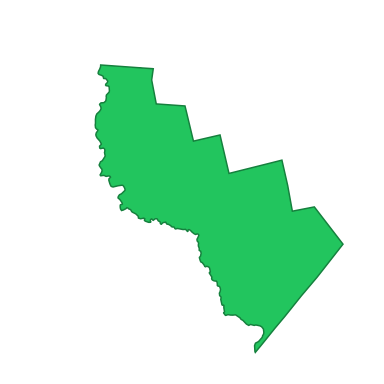 outline of Essex, Vermont, United States of America, rotated 130°
{"feature_id": "52423323B77822845094766", "entity_name": "Essex", "entity_type": "district", "adm_level": 2, "iso_a3": "USA", "parent_name": "United States of America", "parent_adm1": "Vermont", "projection": "albers", "projection_center": [-71.622, 44.681], "detail": "fine", "context": "isolated", "style": "filled", "palette": "green", "viewbox_px": 384, "rotation_deg": 130, "n_neighbors": 0, "source": "geoboundaries", "source_scale": "gbopen_adm2", "svg_char_len": 4013}
<svg xmlns="http://www.w3.org/2000/svg" viewBox="0 0 384 384"><g transform="rotate(130 192 192)"><path d="M262.6,40.5L243.4,40.9L227.6,40.9L201.2,41.5L176.8,41.4L134.9,42.8L124.8,88.7L142.2,102.8L125.5,122.9L109.8,143.6L120.9,151.6L154.0,175.6L130.3,207.2L152.1,223.6L134.1,247.9L130.6,252.7L147.5,276.0L132.1,294.9L122.5,300.9L153.4,343.6L154.9,342.5L157.2,341.7L159.6,341.2L161.0,340.5L161.5,340.1L161.7,339.2L161.7,338.7L160.8,336.3L160.5,334.6L160.7,334.0L161.5,333.3L161.7,332.8L161.7,332.3L160.8,331.4L160.6,331.0L161.1,328.0L161.5,327.6L162.9,327.2L164.6,327.4L165.6,327.0L165.8,326.2L164.6,324.2L164.6,323.5L165.0,322.8L167.7,320.2L168.8,319.7L172.7,319.9L173.8,319.3L174.6,318.4L176.2,317.4L176.9,317.0L177.2,316.8L178.1,316.6L180.0,316.9L180.6,317.3L182.2,319.0L183.6,319.2L184.3,319.1L184.5,318.8L185.3,316.8L186.0,315.8L186.6,315.3L188.0,314.8L189.8,314.7L193.4,315.1L195.7,314.4L198.5,312.6L201.3,310.2L202.9,309.2L204.8,307.2L205.1,305.2L204.8,304.4L205.0,303.9L205.7,303.6L208.4,303.3L210.0,302.4L210.7,301.5L211.6,299.4L212.2,295.3L213.5,292.3L213.8,292.1L216.2,292.3L216.9,291.8L217.7,290.7L217.5,289.9L215.7,288.5L215.3,288.0L215.2,287.1L215.3,286.6L215.9,285.7L216.8,285.0L218.0,284.4L220.2,281.7L220.7,281.5L225.1,280.9L225.6,280.8L227.7,281.5L231.0,280.5L231.5,279.6L232.3,276.9L232.4,275.8L233.6,274.5L234.6,274.1L235.6,273.8L237.3,273.5L237.7,273.5L238.1,273.1L238.3,272.5L238.0,272.1L236.3,270.6L235.7,269.7L235.4,268.2L235.1,267.7L233.4,266.3L232.8,265.4L232.7,264.5L233.1,263.9L235.0,264.1L235.4,264.0L236.5,263.2L238.3,260.5L239.1,259.0L239.6,257.8L239.5,257.1L238.9,255.7L234.7,252.6L231.8,250.0L231.4,249.1L231.5,248.3L232.1,246.6L232.8,245.3L233.4,244.7L234.0,244.4L238.7,244.9L240.7,245.8L242.7,245.6L243.8,245.1L244.2,244.5L244.1,243.0L244.2,242.1L245.2,238.7L246.0,237.6L246.6,237.7L247.3,238.3L247.8,238.6L248.7,238.2L250.2,236.8L251.0,235.7L251.5,234.1L250.1,233.1L247.3,231.9L245.9,231.8L245.5,230.7L245.6,229.5L245.1,228.2L245.1,227.2L245.4,226.5L245.8,225.6L245.7,224.4L244.9,221.1L245.1,217.8L245.5,217.2L246.0,216.7L246.4,216.2L245.5,214.1L243.1,212.2L242.9,211.8L242.9,210.8L244.1,210.5L244.4,209.8L244.4,209.7L244.2,208.6L243.2,205.9L242.3,204.8L241.8,204.3L241.3,204.4L240.9,205.3L240.4,205.8L239.8,205.9L238.8,205.8L238.5,205.1L238.5,204.6L238.7,204.0L238.6,203.5L236.3,203.0L235.7,202.5L235.1,201.7L235.1,201.0L235.6,199.9L235.8,199.1L235.4,198.0L235.4,197.3L235.8,196.8L236.5,195.9L236.6,195.3L236.3,194.7L234.9,194.7L234.0,194.4L232.0,192.8L232.0,192.5L232.5,191.6L232.7,190.6L231.9,189.2L231.4,186.5L231.8,185.6L231.2,184.2L230.7,183.8L230.5,183.3L230.5,182.9L231.0,181.5L230.9,180.9L229.2,179.6L226.5,174.7L224.8,173.0L224.8,172.4L225.1,170.5L225.1,170.1L224.6,169.9L223.5,170.6L223.3,170.6L222.7,170.1L222.5,169.5L222.5,167.3L222.7,166.4L222.6,163.3L222.1,161.8L220.7,161.1L220.5,160.5L220.4,160.4L220.5,159.4L220.7,159.0L223.0,158.2L225.0,157.8L226.2,156.6L226.2,155.7L227.0,154.0L228.1,153.4L229.3,152.4L230.3,150.5L232.1,148.9L232.1,148.5L231.9,148.0L231.8,147.3L233.1,145.6L235.8,144.2L237.2,144.3L237.6,144.1L239.4,141.4L239.9,140.1L239.5,138.7L240.3,135.3L240.8,134.5L240.7,133.7L239.5,133.0L238.8,131.6L238.7,130.4L239.1,129.5L241.1,126.9L242.0,126.5L242.2,126.9L242.5,126.9L243.0,126.5L244.4,122.1L245.7,121.3L246.2,120.5L246.3,119.9L246.1,118.6L245.3,116.9L244.7,116.4L244.7,115.5L245.1,114.7L245.7,114.0L247.4,112.4L247.4,111.8L246.8,110.6L246.9,109.7L247.1,109.2L248.2,107.6L250.1,106.5L251.9,106.0L253.6,104.2L253.7,102.7L253.9,102.3L254.4,101.7L255.8,100.9L259.1,96.6L259.2,96.0L258.5,95.3L258.4,94.9L258.5,94.6L260.2,93.2L262.2,90.9L262.7,90.2L263.2,90.0L264.0,90.2L264.4,89.9L265.0,87.2L264.8,86.8L262.8,85.6L261.6,83.5L260.0,81.5L258.1,79.7L257.5,74.1L257.8,73.6L258.0,72.4L257.6,70.5L258.2,65.4L257.7,62.8L255.8,62.0L254.2,58.6L252.8,57.6L250.8,53.8L250.5,52.0L251.0,49.3L253.3,46.8L254.9,45.8L256.5,45.6L258.2,44.8L263.8,44.9L267.0,46.2L269.5,45.3L273.8,41.2L274.2,40.4L262.6,40.5Z" fill="#22c55e" stroke="#15803d" stroke-width="1.5"/></g></svg>